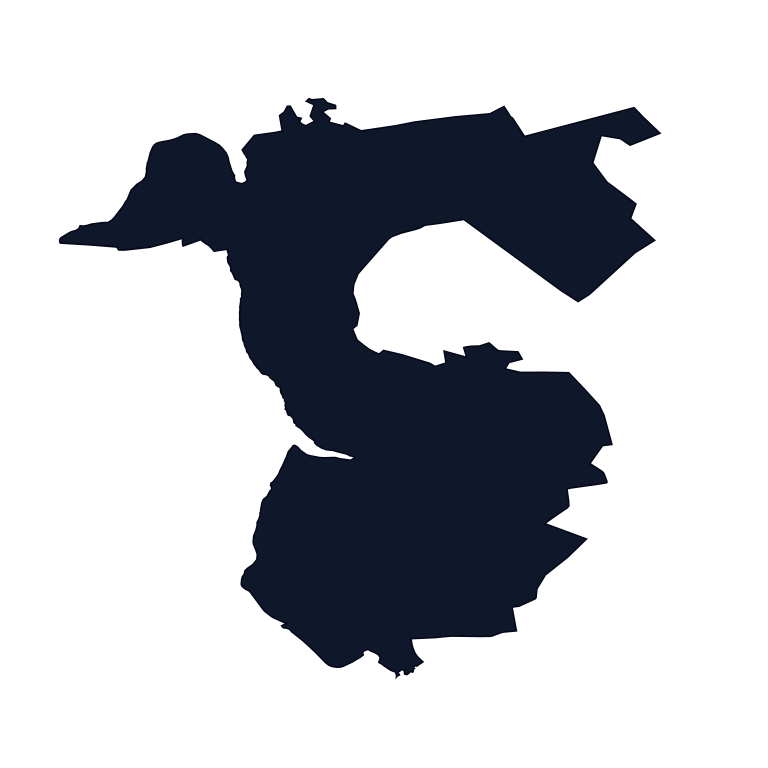 Brocēni, Brocenu, Latvia (Equal Earth projection), rotated 353°
{"feature_id": "27541924B69877910900849", "entity_name": "Brocēni", "entity_type": "district", "adm_level": 2, "iso_a3": "LVA", "parent_name": "Latvia", "parent_adm1": "Brocenu", "projection": "equal_earth", "projection_center": [22.567, 56.678], "detail": "fine", "context": "isolated", "style": "filled", "palette": "ink", "viewbox_px": 768, "rotation_deg": 353, "n_neighbors": 0, "source": "geoboundaries", "source_scale": "gbopen_adm2", "svg_char_len": 6155}
<svg xmlns="http://www.w3.org/2000/svg" viewBox="0 0 768 768"><g transform="rotate(353 384 384)"><path d="M244.0,239.1L243.9,243.4L244.3,245.3L245.5,247.4L246.0,250.1L245.9,251.5L245.6,252.9L246.6,254.1L247.6,256.9L248.9,261.6L249.5,262.2L251.4,263.0L252.8,264.7L253.4,266.3L253.4,268.6L253.6,269.8L254.4,272.5L254.4,273.7L254.2,275.9L253.7,276.9L253.4,280.5L252.1,281.9L251.9,282.7L252.2,283.9L251.7,284.6L251.1,287.3L250.2,290.2L250.2,292.2L249.3,296.0L249.2,298.8L248.8,300.1L248.8,301.4L248.5,302.5L248.6,305.4L248.3,306.4L248.1,308.3L248.2,310.5L248.5,312.1L249.3,319.9L249.1,322.8L249.6,324.5L250.1,325.3L250.3,328.7L251.5,332.3L251.7,335.3L253.1,337.2L253.6,338.9L254.2,341.6L256.3,345.0L257.7,348.7L258.9,350.3L259.9,352.3L261.8,354.5L263.5,357.8L264.3,358.8L265.6,359.6L268.1,360.2L270.6,361.6L271.6,363.8L273.3,365.4L273.9,366.2L274.8,366.8L276.0,368.5L276.7,371.9L278.7,373.7L280.4,374.7L280.6,375.1L280.4,379.5L280.8,380.4L281.1,381.8L282.2,382.9L282.2,383.4L281.8,384.4L281.8,384.8L283.5,386.7L283.2,388.9L284.0,390.2L284.1,390.7L283.5,392.2L283.2,394.2L283.7,395.8L282.8,396.9L282.9,397.1L284.1,398.1L284.4,398.7L284.4,399.4L284.1,400.1L284.8,400.5L284.7,401.6L285.0,402.9L285.6,403.4L287.4,404.1L287.8,404.5L288.5,405.7L289.3,406.4L289.7,407.5L289.8,409.2L290.2,410.0L289.8,410.6L289.8,411.0L290.4,411.9L291.8,412.7L292.0,413.1L291.6,414.2L291.7,414.6L295.6,417.8L298.2,421.0L300.2,424.2L302.5,427.0L307.9,431.8L308.1,432.4L308.0,433.7L308.2,434.3L309.7,436.3L314.2,439.9L318.6,442.2L325.5,443.8L329.1,445.4L338.7,449.1L341.2,451.0L345.3,452.4L345.9,453.0L345.9,453.4L341.8,455.6L330.8,452.7L327.7,451.4L325.9,450.9L315.5,449.9L311.4,449.2L302.3,446.3L298.7,444.8L298.1,444.3L293.3,439.9L290.5,436.0L288.1,434.1L286.9,433.9L285.9,434.4L285.4,435.2L280.7,439.6L278.5,444.1L273.6,452.3L270.3,457.2L268.8,460.1L266.9,462.4L262.3,467.1L260.8,468.3L260.0,468.3L259.4,469.2L259.0,471.2L259.7,471.9L259.7,475.8L258.2,475.7L254.2,481.3L250.3,483.8L248.5,486.6L246.2,493.8L246.1,495.4L245.1,497.0L245.1,498.9L243.4,502.6L241.2,505.8L240.7,509.4L238.9,513.8L236.1,518.9L234.8,525.1L235.1,527.7L237.1,535.4L237.4,537.8L236.4,542.7L231.7,547.3L226.8,549.8L223.2,552.3L222.8,553.8L221.7,556.3L220.1,557.7L219.0,560.1L218.1,564.0L217.9,565.8L218.1,566.8L218.8,567.9L221.1,570.4L225.0,573.1L225.5,573.6L236.5,593.1L238.1,595.3L243.6,600.8L246.2,602.8L258.0,610.0L252.9,611.4L253.8,613.1L254.4,613.7L257.8,614.6L259.7,615.6L261.1,616.8L261.9,618.4L271.9,628.6L277.3,634.8L283.7,642.5L290.4,651.4L292.4,653.9L295.2,656.6L298.1,658.1L302.3,659.3L304.8,659.6L307.0,659.6L309.3,659.2L318.8,656.0L327.4,652.2L330.4,650.5L330.1,647.9L330.3,647.5L331.2,646.7L333.9,645.8L334.9,645.7L336.4,645.9L336.9,646.1L338.0,647.3L340.1,648.3L343.4,650.4L345.4,652.1L346.9,655.0L346.2,657.0L344.9,659.6L345.3,660.1L347.8,661.8L350.1,664.1L355.9,669.1L360.1,671.2L360.7,673.1L360.9,675.2L360.6,676.4L361.4,675.6L363.9,674.7L363.6,674.2L363.0,672.0L363.3,671.0L364.4,671.1L366.6,669.7L369.1,670.4L369.0,673.6L369.2,674.6L369.6,674.8L370.5,673.9L371.1,674.0L371.0,675.1L371.4,675.3L374.0,673.7L375.1,672.5L377.2,673.5L378.1,672.6L377.9,671.6L378.5,670.8L379.6,670.2L378.5,668.3L379.0,667.6L382.9,667.9L384.0,666.8L386.5,665.9L386.3,665.7L388.9,664.5L387.7,663.3L384.2,659.0L382.5,655.9L381.4,653.2L380.3,648.0L380.0,645.2L379.8,640.1L404.3,642.0L411.8,642.1L420.6,642.5L446.4,646.0L458.2,647.4L460.6,647.3L469.7,645.1L472.3,644.8L485.4,645.2L483.9,621.1L491.1,621.0L508.0,615.6L508.9,614.6L510.8,606.1L511.6,604.9L515.7,599.9L520.9,593.2L545.5,578.1L566.1,562.5L526.5,542.1L540.2,534.7L550.8,529.3L552.6,527.7L552.8,527.0L553.0,521.9L552.9,510.8L553.8,510.3L557.2,510.0L581.4,509.6L591.8,509.3L593.2,509.0L593.4,508.4L593.3,507.2L591.6,500.4L591.0,498.8L590.0,497.5L579.4,488.6L579.1,487.9L579.6,487.0L593.5,471.8L602.9,471.8L598.6,442.0L595.2,431.7L582.9,414.3L568.8,395.3L545.9,392.1L520.5,389.0L506.0,383.7L510.7,377.9L524.2,376.1L520.9,368.4L503.1,365.3L500.8,364.3L493.3,356.0L483.4,357.9L474.5,357.1L468.9,357.3L467.5,357.6L469.2,367.5L447.6,358.6L448.1,370.7L436.8,372.8L432.1,369.1L405.5,357.2L387.6,350.6L382.9,353.7L379.0,351.5L373.3,347.6L368.7,343.2L362.7,337.1L359.5,325.4L364.2,322.5L368.0,310.8L365.8,297.0L364.1,290.4L366.1,281.5L371.1,272.5L370.8,272.2L404.7,242.0L406.8,240.3L410.1,238.6L419.0,236.4L434.7,234.3L439.0,233.4L444.1,231.4L459.2,231.3L484.1,230.4L484.2,231.3L571.5,313.2L586.7,325.9L599.0,320.0L649.0,284.4L670.2,274.4L648.9,249.8L656.0,236.0L649.6,229.6L629.9,210.7L618.1,190.0L629.9,163.8L648.5,169.3L657.3,177.0L688.6,168.8L674.0,151.0L665.9,140.2L553.7,155.4L544.2,136.0L542.1,134.0L540.0,129.3L536.9,123.2L522.0,128.7L487.1,127.5L446.0,127.7L427.2,129.1L392.1,129.9L377.3,120.4L375.2,122.9L361.1,117.3L363.1,114.1L356.1,106.4L362.1,104.1L369.6,104.7L369.9,101.6L362.0,98.0L358.6,93.5L347.0,93.1L344.4,91.6L341.3,93.9L348.6,98.3L343.4,109.2L347.2,114.7L337.8,118.1L334.1,115.8L332.2,113.1L334.3,110.2L329.8,108.6L324.9,96.8L321.9,96.5L318.0,102.0L313.0,104.8L313.8,120.5L305.9,121.1L285.6,121.4L271.8,134.3L273.4,138.5L274.5,140.0L275.1,142.3L276.4,144.2L275.3,147.1L275.1,150.2L274.3,152.2L271.7,156.4L272.0,160.4L272.8,163.5L272.9,164.9L271.5,166.6L267.2,167.9L261.1,165.4L260.6,160.7L261.1,158.8L260.3,157.5L258.9,153.8L257.3,145.1L256.8,139.9L255.5,135.4L252.6,130.7L249.5,126.8L245.1,123.5L232.5,114.8L229.8,113.4L227.4,112.5L219.4,112.0L215.6,112.3L208.7,114.7L204.5,115.6L201.0,116.1L190.9,116.7L187.4,117.4L185.1,118.8L183.5,120.4L182.1,122.6L180.3,125.8L176.4,135.8L176.1,135.7L174.4,141.6L174.2,144.4L172.4,149.6L168.5,153.1L163.0,155.7L156.6,160.8L151.6,169.6L149.7,171.5L146.5,175.8L136.5,186.0L133.4,188.4L130.0,189.9L129.3,190.0L123.9,189.5L113.3,189.6L108.8,190.4L104.6,190.6L101.7,189.8L100.7,191.6L99.1,193.2L96.1,194.2L92.4,194.7L88.6,196.1L81.3,199.4L79.9,200.8L79.4,202.4L79.8,204.7L108.5,210.0L135.4,215.5L137.0,218.7L143.3,219.5L168.4,219.8L186.4,217.4L201.9,214.8L201.2,218.7L201.1,221.0L201.4,222.6L218.7,218.7L219.0,217.9L223.7,222.6L226.9,225.0L229.7,228.7L231.5,231.5L244.9,231.2L244.8,232.1L245.1,232.6L244.8,233.3L245.5,236.6L245.2,237.6L244.0,239.1Z" fill="#0f172a" stroke="#020617" stroke-width="1.5"/></g></svg>